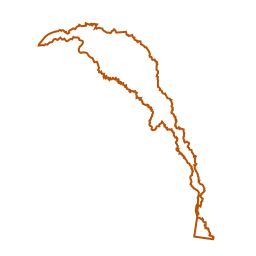 Nhamundá, Amazonas, Brazil, rotated 188°
{"feature_id": "56859067B20475457362782", "entity_name": "Nhamundá", "entity_type": "district", "adm_level": 2, "iso_a3": "BRA", "parent_name": "Brazil", "parent_adm1": "Amazonas", "projection": "robinson", "projection_center": [-57.83, -1.081], "detail": "fine", "context": "isolated", "style": "outline", "palette": "amber", "viewbox_px": 256, "rotation_deg": 188, "n_neighbors": 0, "source": "geoboundaries", "source_scale": "gbopen_adm2", "svg_char_len": 5835}
<svg xmlns="http://www.w3.org/2000/svg" viewBox="0 0 256 256"><g transform="rotate(188 128 128)"><path d="M73.5,109.8L72.0,110.3L71.6,109.5L70.7,109.5L70.4,108.5L69.2,108.3L69.0,107.3L68.2,107.1L68.2,106.2L67.6,106.4L66.8,105.0L65.7,104.4L64.1,101.6L62.2,101.3L61.6,99.9L59.5,98.5L59.4,97.0L59.1,96.6L59.4,96.6L58.7,95.5L58.2,95.4L58.1,94.6L57.6,94.1L58.2,93.4L58.1,90.2L58.5,90.1L59.4,88.7L59.3,86.8L58.4,85.6L57.6,83.4L58.3,81.0L57.4,80.5L56.9,79.3L56.1,79.1L54.5,77.3L53.7,77.4L52.6,76.5L50.7,75.9L48.8,74.0L48.7,70.6L49.3,68.4L48.9,68.0L48.4,65.7L48.3,63.3L49.4,60.7L49.4,55.3L48.8,53.7L47.9,53.3L47.9,51.5L47.1,50.3L47.3,29.7L28.2,29.7L28.1,30.9L28.6,31.2L28.3,32.0L28.9,32.5L32.4,32.9L32.4,33.5L31.7,34.6L31.9,35.1L32.4,34.9L33.5,37.5L34.3,38.1L34.2,39.3L34.6,39.7L36.1,39.4L36.3,40.0L37.4,39.7L37.6,41.4L38.6,42.0L38.6,42.6L37.6,43.0L38.1,45.5L39.1,45.2L40.5,45.8L40.9,47.7L41.8,48.7L42.4,47.8L44.1,48.8L46.2,48.9L47.0,49.4L47.1,51.7L46.9,52.4L46.3,52.5L46.2,53.0L47.9,55.8L47.7,60.7L47.2,61.4L45.3,60.3L44.9,62.8L45.4,64.6L44.2,66.0L44.6,66.7L44.1,68.3L47.3,70.5L46.0,72.3L46.3,72.8L44.3,74.9L43.3,76.6L44.1,77.4L43.9,78.6L45.9,81.7L46.6,82.3L48.3,82.4L50.4,84.2L50.1,85.6L50.7,85.4L51.2,89.0L52.1,90.1L52.4,91.8L56.5,97.5L56.4,99.3L57.2,100.3L56.0,100.5L55.3,101.8L56.4,102.3L57.4,105.4L57.2,106.9L58.5,108.3L56.9,109.1L57.3,109.7L58.9,109.8L60.2,111.9L61.3,112.8L62.1,115.1L64.1,115.2L64.9,116.9L66.4,117.6L65.3,121.2L65.9,121.9L68.0,122.6L69.6,121.5L70.6,122.7L70.4,123.5L71.1,124.2L71.7,125.6L71.8,127.1L71.3,127.6L71.8,129.9L71.4,130.3L72.5,132.4L72.7,134.3L75.9,134.8L76.7,134.1L77.2,134.5L77.1,135.6L77.7,135.8L78.1,134.8L79.5,134.4L80.2,134.8L80.2,135.5L80.8,136.2L81.4,136.2L81.7,137.3L81.3,137.6L81.6,139.8L81.1,140.4L80.9,141.8L81.4,142.4L81.9,142.3L82.1,142.8L81.7,143.2L82.5,144.3L82.6,145.6L83.6,145.5L84.4,147.6L86.1,148.7L86.9,148.7L87.2,149.3L87.1,150.4L86.1,152.3L86.8,153.1L86.4,154.1L88.0,155.6L87.5,157.6L89.0,160.6L88.9,161.8L89.9,161.6L90.5,162.8L93.1,163.0L96.1,167.3L96.9,166.9L98.3,167.2L99.2,168.1L99.4,169.2L100.7,169.9L101.8,170.0L101.8,171.5L102.8,172.5L103.9,172.8L104.7,176.7L104.8,179.4L105.5,180.3L105.5,182.8L106.8,183.2L106.5,185.3L106.1,185.8L106.0,187.5L106.5,188.8L107.8,189.6L108.0,190.3L108.3,194.1L107.7,195.2L107.9,195.8L108.5,195.8L108.5,197.4L109.0,197.8L109.5,197.5L110.1,197.8L111.1,199.5L113.3,198.8L114.2,200.1L114.4,201.3L115.4,201.8L116.1,201.5L116.8,202.6L116.6,204.3L117.7,206.4L121.1,210.5L122.6,210.2L123.6,211.6L126.9,212.8L127.7,215.5L129.5,215.4L130.1,214.6L130.6,215.3L131.1,215.0L131.8,215.9L133.5,216.2L134.3,217.2L134.1,218.4L135.7,218.6L136.9,220.7L138.9,219.5L140.0,219.8L140.4,219.3L141.2,220.2L142.3,220.1L143.4,223.0L152.8,220.8L154.3,222.9L155.6,223.8L156.5,222.2L157.4,221.9L158.0,220.1L158.6,219.5L160.6,219.8L162.4,219.5L166.0,221.2L167.3,222.9L171.1,223.1L172.8,222.0L173.7,222.8L174.4,222.2L173.9,224.0L174.4,225.2L173.3,225.7L173.0,226.3L177.3,226.3L177.6,225.8L177.4,224.7L177.7,224.5L178.5,224.8L178.4,225.8L178.8,226.1L179.4,226.0L180.5,224.9L184.4,225.9L184.5,224.8L183.8,223.6L184.1,223.3L188.0,222.4L190.7,223.4L190.7,222.2L192.7,221.3L194.0,218.6L196.1,219.0L199.8,216.1L199.5,214.2L200.8,213.0L202.3,213.5L202.8,214.7L204.1,214.3L205.4,215.7L207.1,215.5L208.1,214.3L207.8,215.2L209.1,215.6L210.8,214.1L213.3,213.4L217.3,211.4L220.1,209.5L222.6,206.9L227.7,198.7L227.9,197.2L224.9,198.1L222.2,198.3L221.6,199.4L220.9,199.6L219.5,199.3L217.7,201.6L215.1,202.5L213.8,205.4L212.1,206.1L210.1,205.3L207.6,208.1L205.6,206.4L204.5,206.7L203.4,207.6L201.5,205.7L200.3,205.4L197.5,208.0L196.8,208.3L195.7,208.0L194.7,210.6L193.3,210.1L190.4,210.7L188.9,209.9L188.6,208.6L188.0,208.3L185.2,207.9L184.7,207.3L184.6,205.5L185.7,203.4L187.0,201.9L187.7,199.5L187.4,197.4L186.6,196.4L184.8,195.8L183.1,196.7L179.4,196.7L176.3,193.5L174.7,192.6L172.8,192.3L170.5,188.4L167.9,189.2L165.0,183.4L165.8,181.4L164.5,180.5L164.3,179.1L163.2,179.1L162.4,180.0L161.5,178.1L159.3,178.4L159.4,177.3L158.6,176.7L159.5,175.7L158.9,174.6L158.6,175.5L157.6,174.7L156.8,175.8L156.6,174.1L154.8,175.3L153.8,174.8L154.0,173.5L153.1,173.0L153.0,174.3L152.6,174.9L152.1,174.2L150.9,173.9L150.1,175.6L149.8,175.6L148.7,174.5L147.5,174.3L147.6,175.1L147.0,175.9L145.7,174.3L144.2,174.9L144.0,174.3L144.8,173.0L143.9,172.7L143.8,171.5L142.9,171.3L142.4,172.7L141.6,172.6L141.3,172.3L141.7,171.5L141.4,170.7L139.1,171.7L138.9,170.2L137.5,169.9L137.1,169.0L135.8,170.0L135.6,169.4L136.0,168.1L134.9,167.8L134.6,166.7L134.0,166.4L132.3,166.2L132.0,165.7L131.4,166.0L131.2,165.7L131.7,164.6L130.9,163.9L129.7,165.1L129.1,164.8L127.9,165.2L127.1,164.6L126.9,165.2L125.9,165.5L124.8,164.1L124.2,164.0L124.7,162.6L123.9,161.3L123.7,158.9L122.6,159.6L121.8,158.8L121.3,159.3L120.7,158.8L119.4,159.4L119.9,157.6L118.5,157.7L118.1,156.7L117.4,156.2L117.4,155.2L116.8,154.9L116.6,154.1L113.1,153.0L112.5,153.8L111.6,153.2L110.9,153.4L110.6,152.9L110.9,151.7L109.5,151.2L108.5,151.7L107.8,151.5L108.1,149.8L106.9,149.5L107.2,148.4L105.7,147.8L105.3,146.0L105.9,144.9L106.0,144.0L105.6,143.3L106.5,141.8L106.8,139.4L107.0,138.8L107.4,139.0L107.8,138.4L107.5,136.9L106.8,136.2L107.4,134.5L106.6,133.3L105.1,132.9L104.4,132.0L104.6,130.5L104.1,129.6L103.1,129.3L101.9,130.1L101.3,129.9L100.0,131.4L100.1,132.7L99.7,133.3L99.2,133.8L97.2,134.1L97.6,135.7L95.7,137.5L95.2,139.1L92.8,136.8L92.3,135.3L91.8,135.6L91.9,134.5L91.0,134.3L90.0,133.3L89.5,133.5L89.6,132.7L88.6,131.7L87.2,132.5L86.2,132.2L84.7,132.8L84.5,131.8L83.6,131.4L83.5,130.5L82.0,129.9L82.2,129.2L81.6,128.3L81.7,127.3L79.9,125.2L78.9,125.0L78.6,125.5L77.5,124.1L78.0,122.9L77.7,122.6L77.7,121.7L78.7,120.7L78.3,119.6L77.6,119.3L76.8,117.7L76.2,117.3L76.1,115.6L76.4,115.0L75.8,114.7L77.1,114.3L77.1,113.7L76.7,112.8L75.5,112.1L75.0,112.2L74.9,112.8L73.3,111.1L73.5,109.8Z" fill="none" stroke="#b45309" stroke-width="2"/></g></svg>